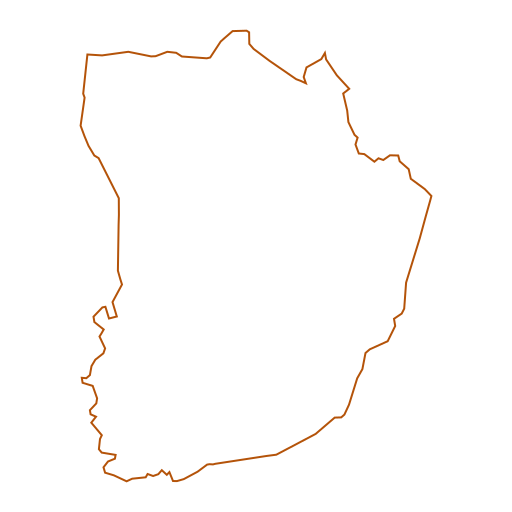 the district of Morovis, Puerto Rico
{"feature_id": "32010507B35991649080507", "entity_name": "Morovis", "entity_type": "district", "adm_level": 2, "iso_a3": "PRI", "parent_name": "Puerto Rico", "parent_adm1": "", "projection": "mercator", "projection_center": [-66.426, 18.317], "detail": "fine", "context": "isolated", "style": "outline", "palette": "amber", "viewbox_px": 512, "rotation_deg": 0, "n_neighbors": 0, "source": "geoboundaries", "source_scale": "gbopen_adm2", "svg_char_len": 1667}
<svg xmlns="http://www.w3.org/2000/svg" viewBox="0 0 512 512"><path d="M113.8,475.3L126.6,481.3L132.2,478.7L145.7,477.3L147.6,474.0L153.1,476.0L158.3,474.2L161.8,470.2L166.8,474.8L169.4,472.1L173.0,481.0L176.9,481.1L183.8,479.1L197.6,471.7L207.1,464.6L209.6,464.2L213.0,464.4L215.3,463.8L266.3,456.0L276.3,454.7L315.7,433.9L318.0,431.9L334.7,417.6L341.2,417.4L344.4,414.6L349.0,404.7L357.2,378.3L362.4,369.1L365.5,353.0L369.8,349.3L387.7,341.2L395.2,326.0L394.0,318.8L401.7,313.6L404.2,308.7L406.1,282.6L419.7,238.5L425.6,216.9L430.2,200.5L431.4,196.0L424.8,189.1L410.8,178.8L408.7,169.2L399.7,161.3L398.2,155.5L390.0,155.3L383.3,160.0L378.5,158.3L374.4,161.7L364.3,154.1L358.8,153.5L355.5,144.5L357.6,137.6L354.5,134.8L348.4,122.1L347.2,110.6L343.2,93.5L349.2,88.8L336.8,75.3L326.1,59.4L324.9,53.0L321.3,59.1L306.5,67.4L303.7,77.0L305.9,83.3L300.5,80.8L296.2,79.2L269.9,61.1L253.6,48.9L249.3,43.9L249.1,32.3L246.6,30.7L232.6,31.1L224.4,38.2L220.7,41.5L210.2,57.5L206.8,58.3L181.9,56.5L176.2,52.8L167.3,51.8L155.6,56.2L151.1,56.4L128.3,51.8L102.1,55.4L87.4,54.5L83.2,93.7L84.6,97.6L80.6,125.7L84.5,136.2L88.5,145.8L94.3,155.5L98.6,158.1L118.8,198.2L118.9,215.0L118.6,224.7L117.9,270.7L120.4,279.5L122.0,284.5L112.5,302.1L116.8,316.5L109.0,318.5L105.4,306.8L102.4,307.4L93.5,316.7L94.4,322.1L103.7,329.5L101.4,333.5L99.5,336.5L105.1,348.4L103.4,353.3L95.3,359.7L91.5,366.1L89.9,375.1L86.3,378.2L81.8,377.8L82.6,382.8L92.7,385.9L97.1,398.3L96.3,403.4L89.9,410.2L90.6,414.3L96.0,416.7L91.3,422.7L101.8,435.2L100.0,439.0L98.9,449.2L101.7,452.6L115.6,454.9L114.9,458.7L108.0,461.5L103.5,467.3L105.1,472.7L113.8,475.3Z" fill="none" stroke="#b45309" stroke-width="2"/></svg>